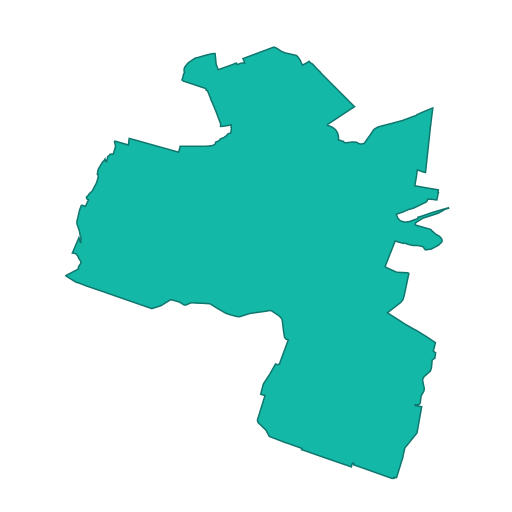 the district of Medgidia, Constanta, Romania, rotated 5°
{"feature_id": "2599482B71920226785357", "entity_name": "Medgidia", "entity_type": "district", "adm_level": 2, "iso_a3": "ROU", "parent_name": "Romania", "parent_adm1": "Constanta", "projection": "equal_earth", "projection_center": [28.275, 44.229], "detail": "fine", "context": "isolated", "style": "filled", "palette": "teal", "viewbox_px": 512, "rotation_deg": 5, "n_neighbors": 0, "source": "geoboundaries", "source_scale": "gbopen_adm2", "svg_char_len": 5926}
<svg xmlns="http://www.w3.org/2000/svg" viewBox="0 0 512 512"><g transform="rotate(5 256 256)"><path d="M292.0,57.4L289.4,59.4L285.7,61.7L283.8,59.1L283.7,58.3L283.1,57.3L280.2,53.8L278.9,52.8L278.2,52.6L273.2,51.9L271.9,51.7L267.6,51.2L263.5,49.9L258.7,47.3L257.4,46.8L255.6,46.3L225.8,60.5L228.0,64.7L224.9,65.0L220.4,67.0L219.7,65.6L218.1,66.1L217.4,66.5L216.5,67.1L202.1,73.7L199.7,68.6L199.4,67.5L198.1,60.3L197.6,57.9L196.4,57.9L194.2,58.4L187.7,60.6L181.7,63.0L179.8,63.6L178.1,64.2L177.4,64.7L175.8,66.1L171.6,69.5L170.9,70.4L169.7,72.3L168.7,73.8L168.4,74.7L168.1,76.0L168.1,77.0L168.4,78.5L168.8,79.6L168.6,79.7L168.1,81.1L167.8,82.0L167.7,83.9L166.9,87.0L168.1,88.0L187.4,92.6L191.2,93.5L191.5,93.7L191.7,94.6L191.9,95.2L192.4,95.4L192.7,95.5L193.2,95.5L193.8,96.6L196.8,102.6L197.1,103.4L197.6,104.2L197.7,104.8L198.2,105.5L199.0,106.9L203.3,115.0L209.3,127.6L209.3,129.5L209.4,130.0L211.3,129.8L212.2,129.6L215.0,128.9L220.0,127.5L219.9,130.1L220.4,130.8L220.3,132.5L220.2,133.2L220.1,135.8L217.7,136.5L216.9,137.4L216.1,138.7L215.4,139.3L214.3,140.2L213.4,141.0L211.4,141.9L210.9,142.1L210.3,142.6L209.2,144.2L208.3,145.0L207.4,145.3L206.5,145.6L206.0,146.0L205.7,147.4L205.5,148.0L205.3,148.3L203.4,149.6L201.4,150.2L200.4,150.2L200.3,150.5L195.9,151.1L170.8,153.3L170.8,154.3L169.8,159.3L145.2,154.7L125.6,151.0L119.4,149.9L119.2,156.5L105.4,153.8L105.2,154.2L105.1,154.5L105.2,155.0L106.3,158.0L106.4,158.4L106.5,159.2L105.2,165.5L104.8,167.1L103.3,167.0L101.5,167.5L101.5,168.1L101.4,168.3L100.7,168.8L100.5,169.1L99.6,169.8L99.6,171.1L99.1,172.8L99.0,174.2L98.8,175.1L97.8,174.5L97.7,174.1L97.4,173.5L97.1,172.6L96.6,173.7L96.5,174.0L95.7,174.8L95.0,175.7L93.1,179.5L92.3,181.2L91.2,183.8L91.0,185.4L90.8,188.5L91.0,188.7L91.6,188.9L91.9,191.2L90.8,196.9L86.9,206.1L85.7,207.1L84.3,208.8L83.4,210.5L81.9,212.1L82.5,213.8L84.3,214.5L81.7,221.5L78.1,220.5L77.6,220.9L76.3,225.3L74.6,237.1L74.8,239.6L76.3,242.8L77.7,246.1L78.8,249.6L78.9,250.8L80.1,253.0L80.2,253.7L80.2,257.8L79.7,257.5L79.0,255.7L78.5,253.8L78.0,253.1L72.8,269.1L75.3,269.2L76.0,269.4L76.6,269.7L77.4,270.4L78.5,271.7L79.6,273.7L81.8,276.6L82.1,277.3L82.2,278.3L81.9,279.1L80.9,280.5L80.1,282.2L80.1,284.0L80.4,284.4L79.3,285.0L68.3,292.1L68.7,292.6L78.1,297.4L80.7,298.3L81.1,298.2L81.4,298.2L83.8,298.9L89.8,300.7L101.3,303.5L156.8,317.5L165.5,313.9L174.7,307.0L176.4,307.2L179.1,307.6L183.1,308.4L184.4,308.9L187.9,310.7L188.7,311.0L189.2,311.1L190.0,311.0L190.7,310.8L194.2,308.9L195.3,308.4L196.0,308.2L199.5,308.1L200.8,308.1L208.3,307.7L213.9,307.6L214.5,307.7L215.4,308.1L221.4,311.2L224.0,312.4L226.3,313.5L228.6,314.6L231.2,315.8L236.0,316.9L242.0,317.9L243.0,318.0L244.1,318.0L245.2,317.8L246.8,317.2L254.4,314.0L255.3,313.7L262.5,312.0L269.2,310.5L274.3,309.2L275.3,309.1L276.3,309.3L282.4,312.6L284.4,313.8L285.9,315.1L286.9,316.2L287.3,316.7L287.5,317.1L288.0,318.9L288.4,321.0L290.0,328.5L291.4,334.0L291.6,334.6L292.2,335.3L293.1,336.1L293.7,336.4L294.6,336.5L295.5,336.7L288.8,361.2L288.7,361.5L288.9,361.8L288.1,362.0L287.0,362.4L286.7,362.4L286.1,362.2L285.3,361.9L284.9,361.8L280.1,372.4L274.9,382.0L274.4,383.2L272.7,393.3L277.1,394.3L271.7,419.4L272.5,421.7L281.2,428.7L285.0,434.6L301.9,439.5L302.5,439.5L318.6,443.7L318.2,444.9L345.8,451.9L369.4,457.8L369.5,457.4L369.5,455.2L370.5,453.8L371.3,453.8L371.3,455.4L371.5,455.5L410.3,465.6L411.3,465.7L413.0,465.4L412.9,464.4L413.6,464.3L413.9,464.5L415.3,464.6L418.3,450.9L418.3,450.6L420.0,443.2L419.9,442.2L420.8,436.0L421.0,434.1L423.1,431.2L431.8,418.2L434.2,391.7L429.2,391.3L427.7,391.2L427.6,390.3L430.4,390.1L430.8,390.0L431.3,389.6L431.8,389.2L432.1,388.8L432.3,388.2L432.5,387.6L432.5,384.5L432.6,382.1L433.3,379.4L434.2,377.8L434.8,376.5L435.1,375.5L435.2,373.3L433.4,367.4L432.8,365.1L432.8,364.1L434.0,361.5L439.5,355.7L439.7,355.4L440.2,353.7L440.5,352.6L440.5,350.4L440.6,348.1L440.5,345.6L440.6,344.3L441.7,343.2L442.3,342.7L442.7,342.5L443.0,342.5L443.4,336.7L441.0,335.5L441.0,335.1L442.3,326.7L434.2,322.2L430.1,320.1L423.4,316.7L418.7,314.7L410.5,310.9L391.9,301.1L404.5,289.4L406.3,286.5L406.8,284.0L407.2,281.5L409.8,260.1L409.0,259.6L408.0,259.5L397.8,259.9L397.0,259.7L387.4,256.3L385.5,255.4L393.3,229.0L401.6,230.6L401.6,230.4L403.2,230.1L405.3,230.9L409.6,231.6L410.9,231.7L411.7,231.9L414.9,231.5L418.0,231.6L421.6,232.2L423.8,234.9L424.6,235.1L430.0,233.8L436.7,229.5L439.8,226.0L440.1,224.5L439.6,222.9L437.9,221.1L436.7,220.2L433.1,218.6L428.6,215.2L427.8,214.3L411.9,211.2L412.1,209.0L418.9,203.8L433.7,197.6L440.8,192.7L443.7,191.7L443.5,191.2L435.4,194.3L427.7,197.3L417.7,201.8L414.0,203.2L413.7,204.7L405.9,208.3L401.4,209.3L397.6,208.6L396.4,208.1L394.1,206.1L392.1,202.3L399.0,199.1L403.7,196.5L408.6,194.7L413.7,191.7L420.5,187.6L421.2,187.0L421.9,185.5L422.1,184.4L423.7,184.3L427.8,184.2L429.2,184.4L431.3,184.4L432.0,178.1L432.1,177.3L432.2,177.0L431.8,176.9L431.9,174.2L421.5,173.4L408.1,172.2L408.2,171.0L408.9,162.8L409.1,157.0L409.2,156.2L415.6,157.8L416.3,157.9L416.9,157.9L417.2,158.0L417.4,158.1L417.5,158.1L417.6,157.8L418.3,122.6L418.5,113.3L418.4,112.8L418.4,112.3L418.6,111.8L418.7,106.5L419.2,94.3L419.2,93.1L409.6,98.1L404.3,101.0L404.2,101.0L403.2,102.1L400.7,103.2L389.7,108.4L378.7,112.4L369.5,115.6L368.4,116.1L366.6,116.7L365.5,117.3L362.5,119.6L362.1,120.2L360.3,123.4L358.6,126.6L357.7,127.9L354.0,134.4L351.1,135.3L349.3,135.2L348.5,135.0L346.8,134.1L344.4,133.8L343.6,134.2L342.0,133.9L341.0,134.3L335.9,135.3L334.9,135.4L333.9,135.2L333.5,134.8L333.2,134.2L332.3,134.2L329.1,133.2L328.0,133.3L328.0,132.4L327.8,130.6L327.6,129.4L327.3,128.3L326.8,126.9L325.9,125.4L325.1,124.3L323.7,122.9L322.1,121.8L320.7,121.0L318.9,120.4L317.9,120.1L316.1,119.8L315.7,119.5L315.7,119.1L316.1,118.5L335.6,103.0L340.0,99.6L341.2,98.6L339.5,97.3L335.7,94.2L332.1,91.1L316.6,78.1L305.8,69.0L303.9,67.1L299.3,63.3L296.6,60.7L295.5,59.8L292.7,58.4L292.0,57.4Z" fill="#14b8a6" stroke="#0f766e" stroke-width="1.5"/></g></svg>